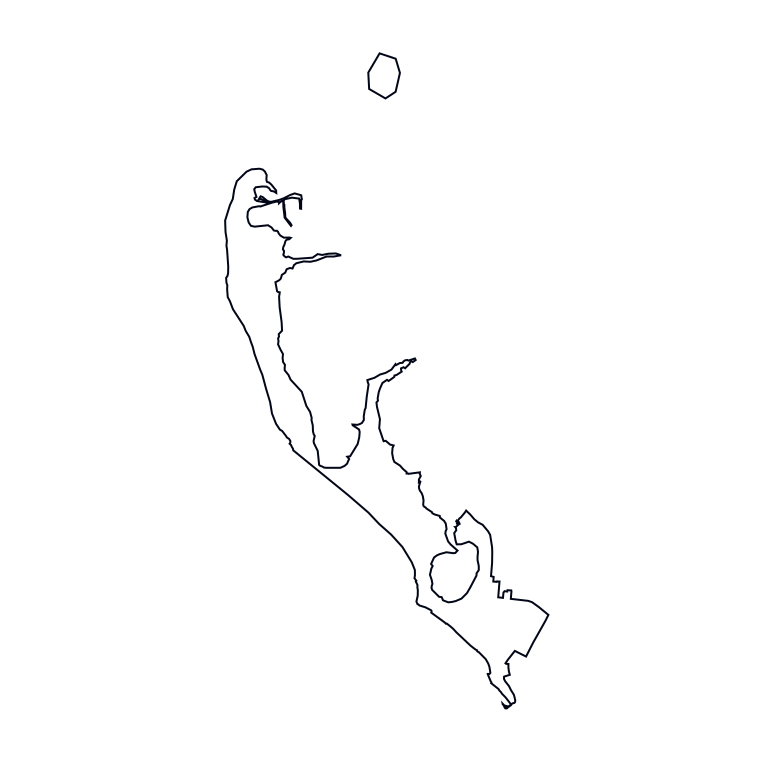 Al Mina, Yemen (Natural Earth projection), rotated 357°
{"feature_id": "15242507B27528285733897", "entity_name": "Al Mina", "entity_type": "district", "adm_level": 2, "iso_a3": "YEM", "parent_name": "Yemen", "parent_adm1": "", "projection": "natural_earth1", "projection_center": [42.92, 14.868], "detail": "fine", "context": "isolated", "style": "outline", "palette": "ink", "viewbox_px": 768, "rotation_deg": 357, "n_neighbors": 0, "source": "geoboundaries", "source_scale": "gbopen_adm2", "svg_char_len": 6159}
<svg xmlns="http://www.w3.org/2000/svg" viewBox="0 0 768 768"><g transform="rotate(357 384 384)"><path d="M511.6,663.6L519.4,650.1L532.6,629.3L536.1,623.2L527.0,614.9L520.4,609.6L516.6,608.1L499.4,605.2L500.4,597.9L500.3,596.8L496.5,596.4L496.2,597.7L493.6,597.2L492.4,598.5L491.6,603.8L486.9,603.0L489.0,587.3L486.1,587.1L486.0,587.5L482.8,587.0L483.4,582.4L480.8,581.5L482.6,568.2L483.3,557.6L483.4,552.7L482.1,540.2L480.2,536.5L475.2,529.8L470.7,527.1L467.1,523.8L463.5,519.1L459.4,514.7L458.1,516.5L453.9,521.1L452.3,522.2L450.4,524.5L451.8,526.3L452.4,528.5L449.3,524.3L448.9,524.9L450.0,526.2L449.5,527.2L450.6,528.6L448.2,530.6L447.6,530.6L448.3,531.5L448.5,533.8L446.3,536.6L447.3,544.3L448.2,547.9L452.7,548.1L460.6,545.9L464.4,548.1L468.6,552.0L469.1,556.6L468.4,561.1L468.2,564.7L469.1,570.7L468.9,574.8L466.6,577.8L466.3,580.2L459.6,591.5L455.9,597.2L450.1,602.4L444.3,604.5L440.5,605.2L436.8,605.4L431.6,603.1L430.5,599.9L427.9,599.4L421.3,592.1L420.8,590.1L421.1,588.2L421.9,586.2L421.4,582.2L419.9,576.9L421.6,570.9L423.1,568.3L421.6,566.2L424.9,559.9L427.7,558.0L430.7,556.8L437.5,555.3L444.3,556.6L446.4,556.4L448.7,554.2L442.1,547.7L439.8,544.6L437.4,536.7L437.9,534.1L438.9,532.3L438.4,526.8L436.9,523.9L432.9,520.3L432.8,518.7L427.7,516.9L425.5,515.6L425.2,514.5L419.8,510.5L419.0,509.4L417.9,508.8L417.1,507.8L416.8,506.7L417.4,502.3L416.9,498.1L416.0,495.2L414.3,492.4L413.6,490.3L413.5,488.2L415.2,483.4L414.8,483.1L413.7,483.8L413.9,481.1L415.9,477.8L415.4,476.8L415.3,476.0L414.9,475.4L415.2,474.1L403.7,475.0L403.3,474.6L401.9,474.6L402.0,473.2L398.3,469.6L395.7,466.3L390.3,462.4L389.3,459.5L388.5,453.5L389.2,448.2L390.4,445.9L386.9,444.8L382.7,440.8L380.6,441.1L376.9,427.9L378.1,418.9L375.8,406.5L375.5,402.0L377.1,400.4L376.9,398.1L378.3,391.9L379.9,388.0L382.5,382.9L387.2,380.0L388.8,381.2L394.6,377.5L394.9,376.1L397.1,375.6L402.3,372.6L401.8,371.0L401.8,369.3L404.4,368.3L405.9,369.4L410.5,365.3L411.1,364.0L412.1,362.5L413.9,363.6L416.9,361.7L416.2,360.1L409.5,361.9L408.6,361.2L406.2,361.5L404.6,362.5L403.7,363.8L400.9,363.9L397.0,365.8L396.5,364.8L392.2,370.0L386.2,373.0L380.6,374.3L374.8,377.3L367.6,379.2L367.9,381.5L368.6,383.5L366.1,395.8L364.4,407.0L363.4,408.9L362.1,415.2L362.0,418.9L359.9,421.8L357.6,422.8L355.3,423.4L350.4,422.8L350.6,423.6L356.7,428.1L357.2,430.6L356.5,435.9L354.6,442.5L346.4,454.4L343.5,454.7L345.3,457.1L344.1,459.2L343.0,461.6L340.4,463.7L336.1,465.4L322.3,464.7L319.7,464.3L318.1,463.2L316.1,462.4L315.0,461.4L314.3,447.3L310.9,439.4L310.7,437.2L312.1,432.2L311.2,430.6L310.6,427.7L310.7,421.6L309.7,416.2L310.0,414.0L308.7,408.0L305.3,401.8L301.5,387.5L290.9,374.7L289.1,370.0L285.6,365.2L285.6,363.0L286.1,359.7L284.4,356.8L284.1,352.8L284.7,348.8L282.5,344.4L280.3,338.9L280.9,335.6L280.6,333.0L281.6,331.2L281.5,328.7L285.0,325.4L285.0,316.9L283.8,302.0L283.8,291.4L284.7,287.0L282.9,286.5L282.1,285.8L280.9,276.7L284.4,275.1L286.1,273.8L286.8,272.5L287.7,269.7L291.2,267.6L292.8,264.3L296.2,263.2L298.7,263.9L300.3,260.6L302.8,258.8L310.3,257.4L316.8,258.1L323.0,257.1L333.3,253.7L340.2,254.1L347.9,253.2L342.7,251.1L335.2,251.0L329.0,251.9L324.6,250.8L319.3,254.1L303.9,254.4L299.9,254.2L295.1,251.7L292.9,252.4L291.3,251.3L290.2,249.7L290.9,247.8L291.1,245.8L290.1,244.3L290.6,241.9L291.8,239.8L293.0,236.3L293.7,235.3L294.8,234.7L296.9,234.5L298.5,233.2L297.2,232.8L291.6,232.6L288.2,230.3L286.6,227.9L286.1,226.4L285.2,225.4L283.8,225.4L282.0,224.9L279.9,221.8L276.5,219.4L263.2,220.1L259.4,219.1L257.3,215.6L256.3,210.4L257.0,205.0L258.9,202.3L261.8,200.8L268.6,199.9L269.7,200.3L281.5,197.1L286.0,196.2L288.5,196.6L288.8,197.0L288.7,197.9L289.9,196.9L291.6,195.9L292.7,195.8L292.9,197.8L292.8,202.2L293.5,212.7L299.4,221.3L300.0,220.6L298.7,218.1L294.6,213.2L294.2,212.0L294.2,208.0L293.7,202.2L293.9,200.0L293.4,198.8L293.4,195.7L294.3,194.5L295.0,194.2L301.8,193.1L309.0,194.4L309.5,199.5L309.3,204.4L310.4,204.7L310.9,195.8L311.6,195.4L311.2,191.2L304.8,189.0L300.3,190.3L293.6,193.3L289.0,194.7L280.7,196.2L279.0,195.9L277.0,195.0L272.5,190.9L270.6,190.1L268.7,192.9L270.6,192.7L277.6,196.6L276.4,196.7L266.7,194.6L264.8,193.1L264.4,191.5L266.4,190.5L265.0,185.3L264.6,182.7L266.2,180.8L272.9,180.4L277.2,180.8L279.5,182.5L280.6,184.5L281.4,185.3L284.1,185.9L286.4,187.6L286.4,185.1L282.0,179.0L279.8,176.8L277.8,176.1L277.3,174.6L277.3,172.8L277.8,169.3L276.2,165.6L274.1,163.5L270.8,162.5L262.9,162.7L257.8,164.8L247.6,173.8L244.6,182.0L242.7,191.3L239.5,197.3L233.9,212.5L233.7,224.0L234.6,232.6L233.9,237.6L234.3,241.5L234.6,258.5L234.1,265.3L233.3,268.0L231.9,269.7L232.0,274.9L232.7,277.1L232.3,281.3L232.5,289.1L234.4,293.1L237.1,301.5L247.0,318.7L248.7,323.8L251.9,329.8L253.2,334.7L254.8,339.8L256.3,347.3L261.1,363.2L263.0,368.5L266.0,382.7L269.3,396.1L270.6,407.6L274.1,418.1L277.7,424.2L279.8,425.5L283.7,431.2L284.1,432.2L286.4,433.9L287.5,436.1L287.3,437.8L286.6,438.7L287.9,440.0L288.8,442.3L289.7,443.8L289.9,445.5L342.4,493.1L361.7,511.6L371.8,523.5L383.2,534.7L393.9,547.8L402.4,563.5L405.1,571.4L404.9,576.5L404.3,579.6L406.0,582.2L405.4,582.9L406.9,586.4L406.7,589.1L407.0,591.5L406.6,597.2L405.0,602.9L405.9,605.6L406.8,605.9L407.7,607.0L413.7,609.2L419.0,612.3L419.5,612.8L419.6,613.8L419.2,614.8L432.0,625.2L433.4,626.7L434.1,626.5L436.9,628.9L440.0,631.8L443.3,635.8L456.7,649.8L461.4,653.9L463.0,654.8L463.1,655.7L463.9,656.4L464.7,656.8L471.2,664.1L473.5,668.7L474.5,672.2L475.1,678.0L474.3,679.0L473.2,679.1L472.6,678.9L472.5,678.2L472.3,678.9L475.1,686.8L475.7,687.6L475.7,688.0L475.4,688.4L482.5,694.7L483.0,695.9L484.8,698.0L485.7,699.6L488.9,703.2L494.0,710.5L493.5,711.2L490.5,713.1L490.5,712.8L488.5,712.1L488.9,711.8L487.3,711.3L485.7,709.4L485.8,710.2L486.9,711.3L487.2,712.6L488.1,714.2L488.6,714.4L489.8,714.3L490.7,713.5L494.1,711.3L494.7,710.3L495.8,709.6L497.5,709.3L498.3,708.3L498.5,706.8L497.8,702.7L497.3,700.9L494.7,696.2L493.0,692.2L489.5,687.3L488.4,684.8L488.6,682.5L494.4,681.0L493.7,677.6L493.4,673.5L493.6,670.1L491.5,669.9L490.7,669.3L493.3,665.8L500.7,657.4L511.6,663.6ZM410.9,92.8L416.2,74.2L412.7,59.8L396.9,53.6L384.6,72.2L384.6,88.6L400.4,98.9L410.9,92.8Z" fill="none" stroke="#020617" stroke-width="2"/></g></svg>